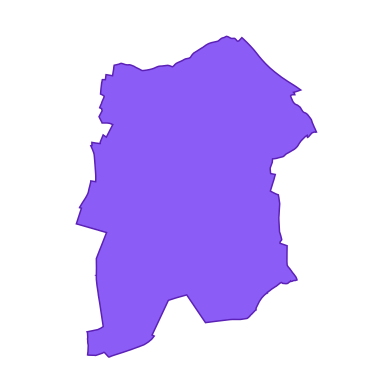 Duiven, Gelderland, Netherlands, rotated 169°
{"feature_id": "6326949B87096671163860", "entity_name": "Duiven", "entity_type": "district", "adm_level": 2, "iso_a3": "NLD", "parent_name": "Netherlands", "parent_adm1": "Gelderland", "projection": "mercator", "projection_center": [6.013, 51.947], "detail": "fine", "context": "isolated", "style": "filled", "palette": "violet", "viewbox_px": 384, "rotation_deg": 169, "n_neighbors": 0, "source": "geoboundaries", "source_scale": "gbopen_adm2", "svg_char_len": 5747}
<svg xmlns="http://www.w3.org/2000/svg" viewBox="0 0 384 384"><g transform="rotate(169 192 192)"><path d="M113.6,334.0L116.9,331.6L117.7,331.3L118.1,331.3L118.4,331.3L118.6,331.4L119.0,331.9L120.1,333.8L120.5,334.3L120.8,334.6L121.3,334.8L122.8,335.0L123.3,335.1L123.7,335.2L124.5,335.5L127.0,337.5L127.9,338.0L128.4,338.2L129.0,338.1L130.1,337.8L131.0,337.5L131.5,337.5L132.8,337.4L133.7,337.2L134.8,336.7L137.3,335.3L138.1,335.1L140.6,335.0L144.4,334.9L145.9,334.7L147.3,334.5L148.0,334.3L150.1,333.6L154.0,331.8L155.5,331.3L163.9,328.0L164.6,327.5L165.5,326.8L166.2,326.2L167.5,324.8L168.0,324.4L168.5,324.2L169.1,324.0L170.2,323.9L172.0,323.9L172.8,323.9L173.4,323.8L174.2,323.6L175.7,323.1L177.0,322.7L180.1,322.0L181.0,321.8L182.8,321.3L183.2,321.1L184.1,320.6L184.9,320.1L185.3,319.6L186.1,319.2L186.7,318.8L187.1,318.7L187.4,318.8L187.6,318.8L189.5,320.0L190.7,320.6L191.5,320.9L192.0,321.0L197.5,321.4L199.7,321.7L201.0,321.7L201.8,321.6L202.9,321.4L205.8,320.7L208.2,320.4L210.1,320.3L213.7,320.3L216.2,320.5L217.2,320.6L217.9,320.8L218.2,321.0L220.9,323.2L223.2,324.9L224.8,326.3L225.3,326.7L227.2,327.9L228.5,328.6L229.0,328.8L229.7,328.9L231.1,329.1L232.3,329.5L233.3,329.9L236.0,331.4L237.0,331.8L237.4,331.8L237.8,331.8L238.9,331.5L240.2,331.4L243.4,331.3L244.2,331.3L244.9,329.5L245.2,328.5L245.3,328.1L245.4,327.9L245.5,327.5L247.8,321.3L250.5,322.3L253.6,323.5L254.0,323.6L255.6,318.8L258.4,319.4L258.6,319.4L259.4,317.3L259.8,316.6L259.9,316.2L260.8,313.4L261.8,310.2L263.1,305.6L261.7,304.6L261.1,304.1L259.9,302.8L259.9,302.7L260.4,301.7L262.6,298.5L263.1,297.8L263.8,296.6L264.0,296.0L264.6,295.3L264.9,294.9L266.6,292.3L266.5,292.2L266.3,292.1L264.8,291.1L264.9,290.4L264.7,288.9L264.8,288.8L267.7,285.2L268.9,283.7L268.7,282.8L267.5,278.6L267.1,277.3L267.1,276.9L262.0,275.9L260.9,275.5L260.2,275.3L258.2,274.3L258.2,274.1L257.8,273.9L256.9,273.3L265.6,262.2L267.6,264.2L268.0,264.7L268.3,265.0L271.2,260.6L272.6,258.4L272.8,257.1L273.1,257.1L273.4,257.2L277.1,258.4L280.8,259.8L281.4,256.6L282.5,256.7L281.6,252.8L281.0,249.3L280.9,247.7L281.0,246.4L281.2,244.4L282.0,237.2L283.3,226.8L284.0,223.0L284.6,220.5L289.2,222.2L289.6,220.9L291.9,215.9L292.1,215.6L293.4,212.6L293.5,212.3L294.0,211.3L294.5,210.4L295.8,208.7L297.4,206.8L298.5,205.6L301.5,202.5L305.3,198.3L305.4,198.1L303.6,197.2L311.6,182.8L283.6,168.5L286.1,164.6L290.7,157.3L293.5,153.0L298.6,144.9L299.9,137.8L300.3,135.6L301.8,128.4L302.0,128.4L301.9,128.3L301.9,128.1L302.6,124.2L303.1,118.2L303.4,110.7L303.6,108.2L303.8,100.1L304.1,93.4L304.8,76.9L305.1,76.7L307.3,75.8L310.7,74.9L318.4,74.8L321.7,74.8L321.5,73.7L321.5,73.4L322.1,69.1L322.6,67.7L322.7,66.1L323.0,64.6L323.1,63.5L323.1,61.7L323.2,60.9L323.9,58.0L324.6,55.1L325.3,53.0L325.6,52.0L325.0,51.7L324.6,51.6L319.8,50.5L319.2,50.4L318.1,50.0L317.3,50.0L316.6,50.1L315.0,50.3L311.4,50.8L310.2,51.0L309.4,51.4L308.8,51.3L308.2,50.6L305.5,46.2L305.2,45.9L304.6,45.8L304.2,45.9L302.5,46.3L299.6,46.7L290.4,47.8L281.0,49.1L272.4,50.5L269.5,51.0L268.4,51.2L265.9,52.1L262.8,53.4L262.4,53.7L260.3,54.8L259.4,55.4L258.8,55.9L256.6,57.8L258.5,59.2L253.8,65.6L236.0,90.0L235.5,90.2L228.0,91.1L216.8,92.0L209.9,75.7L203.7,61.2L194.1,60.6L179.0,59.5L178.2,59.4L176.1,59.1L169.2,57.7L167.7,57.6L162.5,57.4L162.0,57.4L161.5,57.6L160.5,58.1L158.7,59.3L158.5,59.6L155.6,61.5L152.5,63.7L152.0,64.0L151.6,64.0L151.4,65.2L151.1,66.0L149.9,67.6L146.7,71.8L145.6,72.9L144.0,74.5L143.0,75.3L141.2,76.6L140.3,77.2L138.6,78.1L138.3,78.3L138.2,78.4L137.8,78.6L137.6,78.3L137.2,78.5L137.4,78.8L137.3,79.1L134.5,80.3L132.3,81.5L129.3,82.7L128.2,83.2L127.2,83.5L125.9,84.2L122.8,85.8L121.6,86.2L121.4,86.1L120.8,85.3L120.4,85.0L119.0,84.6L117.4,84.1L116.7,84.0L115.7,84.0L115.3,84.1L114.8,84.4L114.4,84.7L114.1,84.8L113.3,85.1L112.7,85.4L112.4,85.7L112.3,85.3L111.8,85.3L110.8,85.3L109.9,85.5L109.5,85.6L108.5,85.6L107.5,85.4L106.5,85.6L105.8,85.5L105.7,85.6L105.7,86.3L106.2,88.7L107.7,91.9L108.9,94.1L109.2,94.9L110.7,98.1L111.9,100.2L112.3,101.3L112.5,102.0L112.5,102.5L112.1,105.6L111.6,108.0L110.4,114.0L108.9,121.1L115.4,124.9L115.3,125.3L115.2,125.8L114.9,126.3L114.4,126.8L113.3,127.7L113.1,127.9L113.0,128.3L113.0,128.6L113.1,130.3L113.2,132.1L113.4,134.1L113.7,136.2L112.1,147.6L111.8,149.4L111.7,150.1L111.0,152.7L109.3,159.4L108.2,163.5L108.1,164.3L107.8,170.3L107.9,170.7L107.8,170.9L107.8,172.4L107.8,172.8L108.4,173.1L109.7,173.9L112.5,176.0L114.2,177.4L114.9,178.0L111.6,184.2L109.0,189.0L108.1,190.9L106.9,193.3L111.3,195.1L110.9,199.4L110.8,199.9L110.7,200.4L110.5,200.9L110.2,201.4L107.6,205.7L107.5,205.9L106.6,209.2L105.5,209.0L103.5,208.9L102.4,208.9L100.2,209.1L96.1,209.3L95.3,209.5L92.3,211.4L89.4,212.3L83.3,214.5L82.5,214.9L82.1,215.1L81.5,215.5L79.9,216.6L79.3,217.2L77.4,219.3L75.4,221.2L75.0,221.5L73.3,222.7L70.3,224.7L68.8,225.4L68.1,225.6L68.2,225.0L68.2,223.6L67.4,223.8L67.0,224.0L64.7,225.8L63.0,227.1L61.4,227.4L60.4,227.5L59.7,227.3L59.2,227.1L58.4,227.1L58.6,227.9L59.3,231.1L59.7,232.5L59.8,233.1L60.3,235.5L60.6,236.7L61.0,240.0L61.1,240.4L62.1,242.6L62.8,244.0L63.7,245.8L64.0,246.3L64.4,246.7L65.0,247.4L65.4,247.8L66.7,248.6L67.0,248.9L67.3,249.1L67.5,249.4L67.8,249.8L68.2,250.6L68.2,250.8L68.6,251.7L69.0,252.6L69.1,253.2L69.4,254.0L69.9,254.9L70.1,255.2L70.9,256.0L71.8,257.1L73.7,258.3L74.2,258.9L74.7,259.6L75.0,260.1L75.4,260.8L75.8,262.1L76.0,262.6L76.1,263.6L76.4,264.6L76.9,267.3L76.9,267.5L76.5,267.9L76.4,268.0L75.8,268.2L74.7,268.3L72.5,267.9L72.6,268.8L72.7,269.5L73.3,270.5L71.1,270.6L70.7,270.7L68.8,270.9L65.8,271.4L69.9,275.7L77.0,282.4L79.6,285.0L82.3,287.7L84.6,290.3L87.8,293.9L91.8,298.9L95.3,303.9L98.0,308.3L100.1,312.0L102.2,316.1L104.4,320.2L106.9,324.3L109.5,328.3L112.3,332.3L113.6,334.0Z" fill="#8b5cf6" stroke="#5b21b6" stroke-width="1.5"/></g></svg>